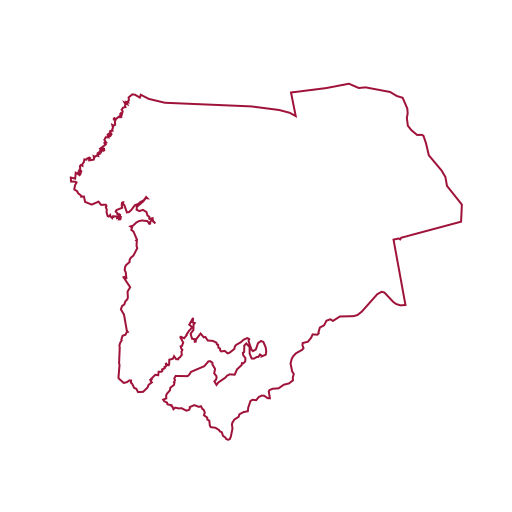 Manurewa Local Board Area, Auckland, New Zealand (Equal Earth projection), rotated 10°
{"feature_id": "76426892B47640846355576", "entity_name": "Manurewa Local Board Area", "entity_type": "district", "adm_level": 2, "iso_a3": "NZL", "parent_name": "New Zealand", "parent_adm1": "Auckland", "projection": "equal_earth", "projection_center": [174.869, -37.024], "detail": "fine", "context": "isolated", "style": "outline", "palette": "rose", "viewbox_px": 512, "rotation_deg": 10, "n_neighbors": 0, "source": "geoboundaries", "source_scale": "gbopen_adm2", "svg_char_len": 6056}
<svg xmlns="http://www.w3.org/2000/svg" viewBox="0 0 512 512"><g transform="rotate(10 256 256)"><path d="M295.8,78.5L262.1,88.9L270.8,111.3L264.3,109.1L253.4,108.2L225.4,109.5L139.7,120.9L123.1,119.9L114.5,117.2L114.1,120.2L108.9,118.2L106.1,118.3L103.0,122.0L103.8,124.7L103.1,125.8L103.6,126.9L101.5,126.8L102.8,128.8L99.9,127.8L101.1,129.3L100.9,130.8L101.6,132.0L99.3,133.0L98.3,135.4L99.6,136.7L99.3,139.9L98.1,138.9L97.6,139.7L99.1,142.6L98.0,143.0L97.1,142.3L94.1,145.7L92.8,144.8L92.1,145.3L92.3,146.3L94.1,146.3L93.7,148.2L94.5,151.2L93.3,152.3L91.7,151.8L92.9,154.5L92.4,156.3L93.0,157.5L90.7,158.3L90.7,160.4L89.4,161.6L90.0,162.0L92.2,160.5L92.5,161.3L91.7,163.2L89.2,163.2L90.2,164.8L87.4,165.1L86.5,168.0L88.9,170.4L88.1,171.0L86.4,170.4L88.6,172.3L84.4,176.8L87.7,176.7L88.2,178.3L87.3,178.9L85.8,177.9L85.6,179.3L84.8,177.8L84.2,178.0L84.3,180.3L83.1,181.4L84.5,182.0L84.3,182.7L82.6,182.9L81.9,181.8L83.2,184.9L81.6,184.7L80.3,186.2L78.8,185.8L79.7,188.4L79.4,189.3L75.1,190.8L74.8,189.7L75.6,188.4L74.7,188.0L72.6,189.5L72.3,190.6L70.2,190.6L70.1,193.6L69.0,195.8L69.4,197.3L67.6,196.9L67.0,198.1L67.7,200.4L67.3,201.6L69.2,202.7L68.7,206.3L68.2,207.0L67.6,206.6L67.5,204.0L66.7,203.6L66.3,206.2L64.0,205.3L64.5,211.2L60.0,210.9L60.9,214.8L65.2,214.2L66.5,214.7L65.5,217.7L65.5,222.0L68.7,223.3L69.7,224.9L73.5,227.1L73.6,228.0L76.2,227.3L78.3,232.4L85.3,233.9L91.5,229.8L94.4,232.5L99.2,231.6L100.1,232.7L99.6,233.9L101.1,236.4L101.1,238.5L102.9,242.4L104.1,242.7L105.3,241.0L105.9,242.4L107.8,243.6L107.9,242.6L108.8,242.3L108.6,241.6L112.5,241.3L112.6,242.5L113.6,241.6L113.8,242.7L115.2,242.7L114.9,243.7L116.0,243.4L116.1,241.2L115.2,241.4L115.0,239.1L114.2,239.1L114.4,240.4L113.6,240.9L113.7,238.7L112.3,238.9L112.3,238.1L110.1,236.6L110.6,235.0L115.9,231.7L114.9,229.3L114.8,227.0L115.4,226.2L116.0,226.1L116.1,228.3L117.5,228.7L121.3,235.5L123.3,234.8L125.4,232.0L127.8,227.1L130.4,225.5L129.5,228.3L132.2,223.5L135.8,220.5L137.6,217.0L139.0,218.0L137.4,218.1L135.6,221.6L130.1,228.3L130.4,231.2L133.5,232.0L136.6,230.2L140.5,231.7L142.1,235.0L144.0,235.8L144.5,237.6L143.9,238.3L147.6,236.7L148.4,239.2L151.2,241.4L146.9,238.7L145.8,241.0L146.2,242.4L145.4,242.9L143.0,240.5L137.5,240.8L134.8,241.9L132.5,243.6L129.7,247.4L127.2,248.7L129.0,249.5L128.6,251.9L131.1,253.2L136.0,260.7L135.3,261.5L136.0,261.9L136.6,266.8L137.7,268.9L135.2,276.9L132.9,279.6L132.2,282.2L132.6,283.8L129.5,287.7L129.0,289.6L129.1,292.7L130.5,294.6L132.2,300.4L131.1,300.9L129.8,299.5L129.2,299.9L137.5,308.6L135.7,313.3L137.0,319.1L136.8,321.1L135.2,323.3L134.7,326.6L132.8,328.5L132.2,332.0L136.2,336.7L141.6,351.6L142.9,353.0L141.9,353.4L141.1,356.3L138.5,357.6L137.9,361.6L138.4,362.5L137.4,364.8L137.0,367.9L137.7,369.8L139.8,385.5L140.5,386.9L141.7,399.9L142.5,400.7L147.8,404.0L150.9,402.6L152.9,400.5L154.6,400.3L154.8,402.5L156.1,403.2L159.0,407.1L161.1,407.5L163.5,410.5L168.4,409.4L172.0,404.4L172.6,401.5L175.4,398.5L173.8,397.2L174.5,395.9L173.7,395.8L177.4,390.5L180.4,390.4L180.2,386.9L183.0,386.4L183.8,385.3L183.2,384.0L185.6,382.4L185.2,381.1L186.2,380.7L186.6,379.5L185.7,377.0L187.8,378.9L188.9,378.8L189.3,377.7L188.6,373.2L192.0,371.6L192.7,368.9L195.3,371.5L197.4,371.2L197.5,369.9L198.7,369.0L200.1,366.1L199.2,363.2L199.8,361.2L198.3,359.9L197.5,358.1L198.6,357.6L199.4,354.0L195.6,349.1L196.0,348.6L199.5,349.5L201.5,345.9L201.2,345.5L202.8,341.7L205.2,338.0L204.6,336.6L202.2,335.2L204.8,327.9L205.1,330.7L204.4,332.3L207.3,332.7L206.4,334.4L207.2,339.8L205.1,343.9L207.4,348.6L209.9,348.5L210.6,351.1L211.5,350.8L211.3,348.8L214.9,342.0L218.7,345.2L220.2,344.5L223.1,347.6L228.2,347.1L232.1,348.2L232.8,349.8L234.1,350.0L234.9,352.8L236.7,353.4L237.1,355.2L238.3,356.0L241.7,354.9L245.0,356.8L246.9,355.7L250.8,351.3L250.9,348.8L251.8,347.1L256.2,343.4L258.3,340.6L261.8,338.3L263.8,339.1L263.4,340.7L264.1,342.3L267.9,349.1L269.5,350.2L272.1,348.0L273.1,341.5L275.7,338.8L278.2,339.4L281.4,344.3L282.7,348.4L282.7,351.5L279.0,353.9L279.0,353.3L277.0,352.3L275.8,355.0L274.3,355.3L271.8,357.4L269.5,357.7L266.7,353.3L265.5,346.8L261.6,343.8L260.0,346.3L261.0,352.5L259.9,353.6L260.7,356.0L263.3,358.4L263.7,361.8L262.0,364.0L260.8,363.9L260.7,366.0L257.0,370.9L255.6,376.6L250.7,377.1L248.3,378.9L246.7,381.4L240.8,387.1L239.5,389.8L236.8,386.7L238.1,384.7L238.3,382.5L237.8,381.1L235.2,378.8L235.3,374.3L232.0,370.5L231.6,368.7L229.0,367.5L227.4,368.1L224.2,373.5L212.1,381.4L210.9,384.4L209.5,386.2L197.7,388.1L196.8,390.8L197.8,392.5L197.1,394.6L197.7,394.9L197.6,397.2L194.5,400.6L194.6,403.2L192.2,407.1L191.7,408.9L192.4,411.8L189.5,413.6L190.9,415.0L193.8,415.8L194.6,417.5L198.8,417.6L198.9,418.7L200.1,419.1L201.3,421.2L202.7,419.4L206.7,419.5L209.0,418.8L214.3,420.4L216.7,419.2L217.3,417.9L217.0,416.3L221.1,413.6L226.0,414.5L227.8,413.5L229.9,416.1L231.1,416.4L232.8,419.1L232.4,421.9L236.0,423.6L236.5,425.5L238.6,426.3L240.0,431.0L241.1,432.4L245.9,432.2L249.6,433.7L250.9,435.0L252.9,435.5L254.8,438.9L257.4,440.1L258.4,441.4L260.6,441.8L262.0,440.8L262.6,438.2L262.8,429.9L261.6,426.4L261.7,424.2L263.1,420.8L266.8,417.4L267.2,414.7L270.8,411.9L274.9,410.3L274.7,406.5L275.7,399.9L277.5,398.2L281.2,398.0L283.1,394.5L285.8,392.5L288.2,392.2L292.3,394.0L294.4,393.7L292.1,387.3L292.5,385.8L295.3,383.9L301.2,382.4L305.8,377.9L310.7,375.7L314.0,372.0L313.3,369.2L313.7,365.7L311.6,363.3L308.7,355.9L309.0,351.3L309.9,348.5L312.2,344.9L317.7,340.4L318.8,338.6L317.2,335.7L317.1,333.6L322.0,331.4L324.4,327.1L325.4,323.4L330.2,322.8L331.2,321.1L330.8,320.3L331.3,315.4L335.1,312.4L336.6,307.5L340.3,305.4L343.0,306.6L349.1,301.0L362.5,298.3L366.2,296.5L369.9,292.3L382.1,272.5L386.0,269.4L388.8,269.7L399.3,277.5L402.5,279.0L407.0,279.5L411.7,278.3L388.6,216.0L393.4,214.0L395.1,214.6L395.8,212.8L452.0,186.6L449.8,169.6L431.9,153.8L428.8,145.3L423.8,139.5L408.7,126.8L403.9,115.6L400.0,108.5L398.4,107.9L393.6,108.8L387.1,105.1L382.9,101.3L380.6,93.9L380.6,89.2L379.4,84.5L372.9,74.7L366.9,74.0L359.7,71.2L334.7,70.9L328.0,72.7L317.6,70.2L295.8,78.5Z" fill="none" stroke="#9f1239" stroke-width="2"/></g></svg>